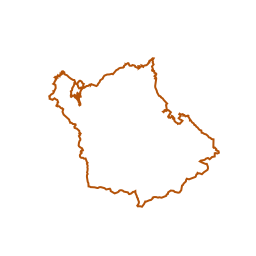 Langkat, Sumatera Utara, Indonesia, rotated 309°
{"feature_id": "22746128B45262154134474", "entity_name": "Langkat", "entity_type": "district", "adm_level": 2, "iso_a3": "IDN", "parent_name": "Indonesia", "parent_adm1": "Sumatera Utara", "projection": "mercator", "projection_center": [98.309, 3.76], "detail": "fine", "context": "isolated", "style": "outline", "palette": "amber", "viewbox_px": 256, "rotation_deg": 309, "n_neighbors": 0, "source": "geoboundaries", "source_scale": "gbopen_adm2", "svg_char_len": 5821}
<svg xmlns="http://www.w3.org/2000/svg" viewBox="0 0 256 256"><g transform="rotate(309 128 128)"><path d="M76.6,107.7L75.5,108.8L75.4,110.4L76.5,111.7L76.5,113.2L77.6,114.2L75.6,117.6L75.5,118.5L74.3,118.6L73.4,120.3L71.6,121.4L71.1,122.2L69.0,123.6L67.7,124.1L66.9,125.6L65.7,125.7L64.2,126.8L60.8,130.6L60.2,131.9L57.8,134.1L58.4,135.1L58.5,136.1L60.9,139.4L62.0,141.8L62.5,142.4L64.0,143.0L65.0,144.2L66.5,147.6L66.5,149.7L69.4,152.1L69.2,153.0L68.1,154.3L68.8,158.8L71.5,160.4L72.8,160.8L73.6,160.6L74.7,161.1L75.6,162.2L76.0,163.3L76.0,164.9L77.9,168.4L77.3,170.4L77.5,170.7L79.1,171.7L81.5,172.1L82.3,172.9L83.6,173.4L82.1,174.8L80.7,177.6L79.9,178.5L79.5,180.0L79.1,180.1L77.4,183.1L75.8,183.9L73.6,184.1L73.7,184.6L73.4,184.7L73.3,184.9L74.9,186.8L75.6,188.4L79.0,188.3L81.7,187.7L81.8,188.2L85.5,190.2L86.4,191.1L88.9,191.5L89.5,191.0L90.6,191.6L92.0,193.3L92.8,195.2L93.8,195.8L95.0,198.0L99.3,200.4L100.7,199.9L101.9,200.5L103.2,199.7L106.3,200.6L107.9,203.0L107.7,204.4L109.3,207.7L110.4,208.6L113.2,208.5L117.3,206.2L118.5,206.6L119.7,206.2L122.9,206.6L124.0,205.9L125.6,205.6L126.5,207.7L132.3,211.1L132.9,211.2L134.9,210.4L135.7,210.7L136.9,210.3L137.1,211.5L137.8,212.2L138.6,214.5L141.2,214.8L145.5,216.1L146.9,215.6L148.2,214.4L149.7,211.8L148.9,210.9L147.9,207.6L147.3,204.9L147.9,205.0L148.5,205.1L150.9,207.2L152.1,207.8L153.3,207.9L155.0,209.0L155.1,211.1L158.4,211.6L160.4,213.3L163.0,211.3L163.6,211.8L164.5,213.6L165.9,214.2L166.9,213.0L166.3,211.1L166.3,210.2L167.1,210.0L167.4,207.7L166.6,207.2L166.7,206.5L173.0,201.6L172.0,199.9L172.2,198.3L171.6,196.7L172.1,195.3L172.2,192.9L171.4,190.8L171.2,189.1L170.7,188.2L172.2,186.5L171.7,185.5L171.6,184.1L172.2,181.6L172.0,180.4L172.6,178.6L172.1,177.8L172.9,176.1L172.7,174.3L173.6,171.4L173.1,171.2L173.6,170.8L174.5,168.7L174.8,167.0L175.4,167.1L175.4,166.8L173.2,165.3L173.4,164.0L172.7,163.4L173.3,163.2L172.9,162.5L173.2,161.8L171.7,160.6L171.6,159.1L170.9,159.2L171.0,160.7L170.4,161.4L167.5,161.2L167.4,163.2L167.8,164.3L167.9,165.8L163.9,165.6L163.6,164.7L162.6,164.2L162.9,163.7L162.5,161.5L162.8,159.5L163.4,159.1L163.8,157.5L164.4,158.1L164.7,157.9L164.6,157.3L164.1,157.0L164.8,156.7L165.0,156.2L164.5,155.4L165.1,155.0L165.0,154.7L164.8,155.0L162.5,154.4L162.5,153.4L161.8,153.2L161.8,152.7L162.1,152.0L167.2,151.4L167.3,148.3L166.9,147.5L165.1,146.9L165.0,146.0L164.5,145.5L162.8,145.7L162.8,145.0L164.0,145.5L164.9,145.2L165.7,146.0L167.0,146.3L169.7,143.2L170.1,143.3L170.7,142.8L171.6,143.0L172.3,138.1L172.8,136.5L172.6,134.2L172.9,134.0L173.0,133.1L172.5,131.8L174.0,128.2L175.1,126.8L176.6,123.8L177.7,122.7L183.9,119.0L183.5,117.9L184.9,117.8L184.9,116.0L185.9,115.8L187.0,116.4L187.8,116.0L188.0,115.1L187.5,113.7L188.7,112.5L187.8,111.1L187.8,110.6L188.3,110.3L188.7,110.8L189.2,110.7L190.9,107.9L193.5,107.9L194.4,106.0L195.1,105.8L195.9,104.5L198.2,104.1L197.7,103.3L194.2,102.9L193.0,102.5L192.2,103.4L191.2,102.9L190.2,103.2L188.4,102.8L186.9,101.5L185.6,101.0L185.1,101.3L184.9,100.6L185.1,99.9L183.8,99.4L183.5,98.8L181.9,99.2L181.2,98.9L180.1,95.1L180.7,94.3L180.6,93.6L179.7,91.8L178.7,91.7L177.6,90.3L177.5,89.7L178.6,87.6L178.3,87.1L175.9,86.3L175.9,86.0L175.5,86.3L173.9,85.8L172.9,86.4L172.5,86.1L171.9,86.2L169.8,84.1L168.2,83.3L167.1,83.3L165.7,82.5L160.3,82.4L160.0,81.4L158.0,79.9L156.4,78.1L153.8,76.7L151.3,76.9L150.6,77.3L147.6,76.4L145.8,77.0L143.2,77.0L142.1,77.4L140.7,77.0L139.4,73.2L138.8,72.0L138.2,72.0L138.6,71.7L137.5,70.9L137.3,71.1L135.6,70.5L134.6,69.4L131.8,68.7L130.7,67.8L128.5,67.6L126.0,68.2L125.0,69.0L124.6,68.7L122.6,71.5L121.7,70.7L120.1,71.1L118.6,72.8L117.0,75.6L116.0,76.4L115.1,76.1L115.3,75.4L116.5,75.3L116.9,73.7L118.0,72.0L118.6,69.1L118.4,67.5L119.1,65.5L118.5,64.9L116.4,64.3L116.4,63.9L117.8,63.3L117.6,62.9L119.6,61.8L120.5,60.5L121.9,60.8L123.5,60.0L123.7,59.6L126.5,59.3L128.7,58.5L129.1,58.0L130.1,58.6L131.5,56.1L130.8,55.1L130.4,52.9L130.3,50.2L130.6,47.5L129.8,44.9L131.2,43.4L131.0,42.7L131.2,41.9L130.6,41.2L130.0,41.1L129.1,41.8L129.0,42.9L127.5,42.5L127.6,41.4L126.4,42.1L125.8,41.7L125.1,42.3L124.5,41.1L124.7,40.4L123.3,40.6L122.6,39.9L122.5,41.1L121.3,39.9L121.3,40.8L120.8,41.1L119.1,41.6L119.3,41.7L117.1,42.0L116.6,42.5L115.3,42.2L115.7,44.6L113.5,46.7L110.4,47.4L109.7,46.9L109.5,47.7L107.9,48.0L105.4,47.1L103.7,47.1L103.2,46.8L102.7,47.2L102.7,47.8L101.4,48.7L102.3,51.4L102.6,51.3L102.8,51.8L104.8,52.2L104.9,54.3L105.3,55.3L104.1,57.5L103.0,57.4L102.3,58.2L100.4,58.2L100.1,58.5L100.5,59.8L101.2,60.2L101.6,61.1L101.3,63.1L101.6,64.6L101.9,64.6L101.9,65.8L99.4,66.9L97.9,69.5L97.5,77.0L96.7,77.9L96.3,79.2L95.7,79.7L96.5,81.0L96.4,82.6L97.7,84.5L97.8,85.0L97.1,85.6L95.2,85.5L94.5,86.4L95.3,88.7L95.1,91.9L94.2,92.8L93.9,94.4L92.9,93.9L92.6,95.1L90.9,94.9L89.5,97.9L88.6,98.5L87.4,98.5L85.8,99.1L83.4,100.6L83.0,101.3L82.9,103.2L83.3,105.0L82.4,107.0L82.0,107.0L81.3,106.0L80.4,106.0L79.7,106.3L79.9,107.1L79.5,107.7L77.4,107.5L76.6,107.7ZM132.5,60.4L131.2,60.7L129.7,60.4L129.9,61.5L129.0,63.1L128.7,63.2L128.0,65.1L128.5,65.6L129.9,66.0L131.2,67.2L131.9,67.4L132.3,67.3L132.9,66.3L134.4,65.9L134.1,64.6L134.9,62.7L134.6,61.0L134.0,60.5L133.4,60.7L132.5,60.4ZM123.2,67.8L122.2,67.8L121.5,68.1L120.5,69.3L120.1,70.4L122.1,70.1L122.7,69.4L123.4,69.6L123.6,68.5L123.2,67.8ZM119.1,68.2L119.5,67.3L120.3,66.5L120.1,65.7L119.3,66.0L118.8,67.1L118.7,67.6L119.1,68.2ZM183.2,98.5L183.2,97.8L182.6,97.2L182.2,98.1L181.3,98.7L182.6,98.9L183.2,98.5ZM123.3,66.7L122.9,66.8L122.1,67.6L123.2,67.6L123.3,66.7ZM120.5,66.9L119.7,67.4L119.7,67.8L120.2,67.4L120.5,66.9ZM121.3,67.6L121.5,67.1L120.8,68.0L121.2,67.9L121.5,67.5L121.3,67.6ZM122.7,70.5L122.9,70.0L122.7,69.7L122.4,70.3L122.7,70.5ZM194.3,102.6L194.2,102.9L194.8,102.9L194.7,102.8L194.3,102.6ZM185.1,100.5L185.4,99.8L185.3,99.5L185.2,99.7L185.1,100.5Z" fill="none" stroke="#b45309" stroke-width="2"/></g></svg>